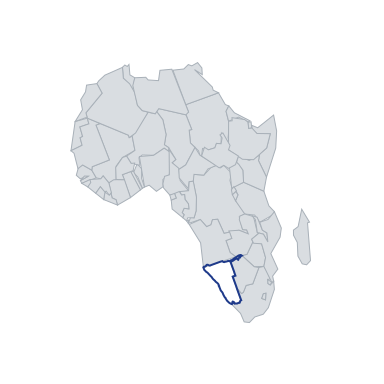 where Namibia sits in Africa, rotated 340°
{"feature_id": "NAM", "entity_name": "Namibia", "entity_type": "country or territory", "adm_level": 0, "iso_a3": "NAM", "parent_name": "Africa", "parent_adm1": "", "projection": "equal_earth", "projection_center": [18.141, -22.953], "detail": "fine", "context": "in_parent", "style": "outline", "palette": "blue", "viewbox_px": 384, "rotation_deg": 340, "n_neighbors": 49, "source": "natural_earth", "source_scale": "50m", "svg_char_len": 12760}
<svg xmlns="http://www.w3.org/2000/svg" viewBox="0 0 384 384"><g transform="rotate(340 192 192)"><path d="M243.8,200.5L259.8,215.8L259.5,231.3L262.7,238.7L260.3,241.1L245.3,243.6L243.0,235.1L234.0,230.7L230.7,223.3L229.9,215.1L234.2,210.4L233.2,201.3L243.8,200.5Z" fill="#d9dde1" stroke="#a8b0b8" stroke-width="1"/><path d="M118.9,86.8L118.4,92.7L108.9,92.5L108.2,102.4L105.4,102.8L104.7,110.5L92.4,111.8L106.3,85.8L118.9,86.8Z" fill="#d9dde1" stroke="#a8b0b8" stroke-width="1"/><path d="M229.9,215.1L234.0,230.7L227.9,231.5L226.7,244.7L230.4,246.3L230.6,250.6L223.1,244.0L208.0,241.9L206.8,226.4L201.8,225.0L198.6,229.3L193.9,229.6L190.4,220.7L177.9,220.3L182.1,215.1L185.1,217.0L189.4,211.1L194.4,198.4L197.1,179.5L199.9,176.1L208.9,180.2L218.7,175.2L223.9,175.3L227.1,179.1L231.0,177.8L235.5,187.6L231.6,194.2L229.9,215.1Z" fill="#d9dde1" stroke="#a8b0b8" stroke-width="1"/><path d="M267.1,203.5L265.2,185.3L268.7,179.3L277.2,176.2L285.5,164.0L273.0,159.2L269.5,153.5L271.1,149.9L275.7,154.1L295.0,147.6L292.4,163.6L285.7,179.4L267.1,203.5Z" fill="#d9dde1" stroke="#a8b0b8" stroke-width="1"/><path d="M259.8,215.8L243.8,200.5L247.2,188.9L244.0,179.3L247.9,174.1L256.5,181.9L267.9,180.6L265.2,185.3L267.1,203.5L259.8,215.8Z" fill="#d9dde1" stroke="#a8b0b8" stroke-width="1"/><path d="M215.3,163.0L213.0,161.3L212.0,160.1L212.2,155.5L207.3,145.4L210.5,132.9L213.1,133.2L212.8,115.7L216.1,115.7L216.0,107.8L250.8,107.8L253.2,121.2L256.0,123.7L251.6,127.8L250.2,141.4L244.5,153.3L243.7,161.2L239.8,146.7L235.8,156.6L231.6,154.7L228.6,158.3L221.9,158.0L216.8,154.7L213.3,161.5L215.3,163.0Z" fill="#d9dde1" stroke="#a8b0b8" stroke-width="1"/><path d="M212.7,117.4L213.1,133.2L210.5,132.9L207.3,145.4L210.1,151.2L195.4,164.4L187.3,166.3L183.3,157.7L187.9,155.9L185.3,142.4L182.2,138.2L187.3,129.1L189.3,114.2L186.3,104.4L189.3,102.3L212.7,117.4Z" fill="#d9dde1" stroke="#a8b0b8" stroke-width="1"/><path d="M190.8,311.0L192.1,309.1L196.8,312.8L200.9,310.6L201.0,296.3L203.8,304.3L205.9,303.9L210.9,298.3L217.7,299.1L229.0,285.9L234.1,286.5L236.0,294.8L235.5,300.5L233.2,300.1L232.1,304.0L233.7,306.1L238.2,304.0L236.1,311.7L224.2,326.8L217.2,331.2L208.3,330.9L201.3,334.3L196.6,331.9L196.1,322.7L190.8,311.0ZM226.8,312.4L224.3,312.0L221.1,315.9L224.2,318.5L226.8,312.4Z" fill="#d9dde1" stroke="#a8b0b8" stroke-width="1"/><path d="M226.8,312.4L224.2,318.5L221.1,315.9L224.3,312.0L226.8,312.4Z" fill="#d9dde1" stroke="#a8b0b8" stroke-width="1"/><path d="M234.1,286.5L224.9,283.5L217.1,268.6L222.3,269.4L232.1,259.7L239.7,264.5L238.7,278.8L234.1,286.5Z" fill="#d9dde1" stroke="#a8b0b8" stroke-width="1"/><path d="M229.0,285.9L217.7,299.1L210.9,298.3L205.9,303.9L203.8,304.3L201.0,296.3L201.1,284.9L204.0,284.8L204.1,270.7L217.1,268.6L224.9,283.5L229.0,285.9Z" fill="#d9dde1" stroke="#a8b0b8" stroke-width="1"/><path d="M91.5,141.3L89.0,136.7L93.9,129.8L98.5,129.2L105.3,137.2L106.9,146.0L91.4,146.2L91.0,143.1L100.1,141.7L91.5,141.3Z" fill="#d9dde1" stroke="#a8b0b8" stroke-width="1"/><path d="M106.9,146.0L105.3,137.2L106.9,134.1L125.3,133.6L124.6,96.3L129.0,96.2L151.7,116.9L151.6,119.4L154.9,119.1L152.6,133.4L138.5,135.8L129.5,141.8L125.0,154.3L117.0,155.0L114.0,146.5L110.8,148.4L106.9,146.0Z" fill="#d9dde1" stroke="#a8b0b8" stroke-width="1"/><path d="M92.4,111.8L104.7,110.5L105.4,102.8L108.2,102.4L108.9,92.5L118.4,92.7L118.9,86.8L129.0,96.2L124.6,96.3L125.3,133.6L106.9,134.1L105.3,137.2L98.5,129.2L92.8,131.1L94.4,115.3L92.4,111.8Z" fill="#d9dde1" stroke="#a8b0b8" stroke-width="1"/><path d="M149.1,171.1L146.6,171.6L146.2,159.4L143.6,153.9L150.0,146.8L152.7,152.9L149.3,161.9L149.1,171.1Z" fill="#d9dde1" stroke="#a8b0b8" stroke-width="1"/><path d="M186.3,104.4L189.3,114.2L187.3,129.1L182.2,138.2L185.3,142.4L184.0,145.8L180.8,141.3L168.5,144.4L157.9,140.2L153.9,141.6L152.2,149.1L144.6,144.3L142.8,135.9L152.6,133.4L154.9,119.1L178.0,102.0L184.2,105.9L186.3,104.4Z" fill="#d9dde1" stroke="#a8b0b8" stroke-width="1"/><path d="M149.1,171.1L154.7,140.7L168.5,144.4L180.8,141.3L185.2,147.4L176.6,168.1L168.9,170.3L166.7,177.1L158.8,179.2L154.1,171.0L149.1,171.1Z" fill="#d9dde1" stroke="#a8b0b8" stroke-width="1"/><path d="M185.0,144.3L187.9,155.9L183.3,157.7L187.7,165.2L184.8,177.3L189.2,189.6L170.1,187.3L166.6,178.3L167.5,174.3L171.6,167.9L176.6,168.1L185.0,144.3Z" fill="#d9dde1" stroke="#a8b0b8" stroke-width="1"/><path d="M144.0,151.8L146.6,171.6L144.2,172.4L141.1,153.0L144.0,151.8Z" fill="#d9dde1" stroke="#a8b0b8" stroke-width="1"/><path d="M141.4,151.7L144.2,172.4L132.3,176.2L132.5,151.9L141.4,151.7Z" fill="#d9dde1" stroke="#a8b0b8" stroke-width="1"/><path d="M117.0,155.0L122.6,153.7L132.7,157.3L132.3,176.2L117.5,178.8L118.0,173.3L114.9,170.2L117.0,155.0Z" fill="#d9dde1" stroke="#a8b0b8" stroke-width="1"/><path d="M100.3,145.4L110.8,148.4L114.0,146.5L117.0,155.0L116.0,165.3L113.2,166.8L111.6,161.8L109.4,162.6L107.7,155.7L101.1,160.3L95.8,151.6L100.3,145.4Z" fill="#d9dde1" stroke="#a8b0b8" stroke-width="1"/><path d="M91.4,146.2L100.3,145.4L100.1,148.5L95.8,151.6L91.4,146.2Z" fill="#d9dde1" stroke="#a8b0b8" stroke-width="1"/><path d="M115.5,165.3L114.9,170.2L118.0,173.3L117.5,178.8L106.4,168.9L110.2,162.3L113.2,166.8L115.5,165.3Z" fill="#d9dde1" stroke="#a8b0b8" stroke-width="1"/><path d="M101.1,160.3L107.7,155.7L110.2,162.3L106.4,168.9L101.1,160.3Z" fill="#d9dde1" stroke="#a8b0b8" stroke-width="1"/><path d="M125.0,154.3L128.7,142.8L138.5,135.8L142.8,135.9L144.6,144.3L148.0,145.2L144.0,151.8L132.5,151.9L132.7,157.3L125.0,154.3Z" fill="#d9dde1" stroke="#a8b0b8" stroke-width="1"/><path d="M223.9,175.3L214.9,175.8L208.9,180.2L199.9,176.1L196.9,182.3L192.9,181.4L189.5,187.4L184.8,174.4L187.3,166.3L195.4,164.4L210.1,151.2L212.0,160.1L223.9,175.3Z" fill="#d9dde1" stroke="#a8b0b8" stroke-width="1"/><path d="M196.9,182.3L194.4,198.4L189.4,211.1L185.1,217.0L179.2,214.8L177.0,217.3L174.5,212.9L176.8,210.7L175.7,208.0L179.0,204.6L183.3,206.8L184.6,202.1L182.9,196.5L184.2,191.8L181.2,191.3L180.5,187.4L189.2,189.6L192.9,181.4L196.9,182.3Z" fill="#d9dde1" stroke="#a8b0b8" stroke-width="1"/><path d="M175.1,187.4L180.2,187.2L181.2,191.3L184.2,191.8L182.9,196.5L184.6,202.1L183.3,206.8L179.0,204.6L175.7,208.0L176.8,210.7L174.5,212.9L167.5,201.2L169.7,192.5L175.1,192.3L175.1,187.4Z" fill="#d9dde1" stroke="#a8b0b8" stroke-width="1"/><path d="M170.1,187.3L175.1,187.4L175.1,192.3L169.7,192.5L170.1,187.3Z" fill="#d9dde1" stroke="#a8b0b8" stroke-width="1"/><path d="M234.0,230.7L241.4,236.1L239.5,252.5L241.0,253.5L231.9,256.8L232.1,259.7L222.3,269.4L211.0,267.8L207.1,262.0L207.3,249.2L213.5,249.2L213.3,241.2L223.1,244.0L230.6,250.6L230.4,246.3L226.7,244.7L227.0,234.1L228.7,231.0L234.0,230.7Z" fill="#d9dde1" stroke="#a8b0b8" stroke-width="1"/><path d="M240.0,234.3L244.6,238.1L245.1,251.9L248.4,256.1L246.2,264.9L244.7,256.1L239.5,252.5L242.1,239.6L240.0,234.3Z" fill="#d9dde1" stroke="#a8b0b8" stroke-width="1"/><path d="M245.3,243.6L254.1,243.8L262.7,238.7L263.6,256.4L259.3,264.6L245.0,276.8L246.3,293.8L239.0,298.6L238.2,304.0L236.0,303.9L234.1,286.5L238.7,278.8L239.7,264.5L232.3,261.2L231.9,256.8L241.0,253.5L244.7,256.1L246.2,264.9L248.4,256.1L245.1,251.9L245.3,243.6Z" fill="#d9dde1" stroke="#a8b0b8" stroke-width="1"/><path d="M236.0,303.9L233.7,306.1L232.1,304.0L233.2,300.1L236.0,303.9Z" fill="#d9dde1" stroke="#a8b0b8" stroke-width="1"/><path d="M177.0,217.3L179.2,217.1L177.9,220.3L177.0,217.3ZM178.3,221.6L190.4,220.7L193.9,229.6L198.6,229.3L201.8,225.0L206.8,226.4L208.0,241.9L213.6,242.5L213.5,249.2L207.3,249.2L207.1,262.0L211.0,267.8L176.9,266.9L182.7,242.7L178.3,221.6Z" fill="#d9dde1" stroke="#a8b0b8" stroke-width="1"/><path d="M233.3,206.5L234.2,210.4L229.9,215.1L229.0,208.3L233.3,206.5Z" fill="#d9dde1" stroke="#a8b0b8" stroke-width="1"/><path d="M289.2,245.7L292.1,260.5L290.0,260.5L279.9,297.0L274.8,299.6L271.0,297.2L269.6,288.5L273.7,275.4L272.6,267.3L274.3,262.5L279.9,260.8L289.2,245.7Z" fill="#d9dde1" stroke="#a8b0b8" stroke-width="1"/><path d="M91.0,143.1L96.4,140.2L100.1,141.7L91.0,143.1Z" fill="#d9dde1" stroke="#a8b0b8" stroke-width="1"/><path d="M171.4,75.7L166.4,61.6L169.3,51.1L172.3,49.7L174.1,51.9L176.4,50.6L173.7,60.7L177.3,65.1L171.4,75.7Z" fill="#d9dde1" stroke="#a8b0b8" stroke-width="1"/><path d="M118.9,86.8L119.4,81.3L141.3,68.4L139.7,57.6L142.5,55.6L150.1,52.4L169.3,51.1L166.4,61.6L170.4,69.0L172.2,79.1L170.4,91.9L173.1,98.5L178.0,102.0L159.1,117.3L151.6,119.4L151.7,116.9L118.9,86.8Z" fill="#d9dde1" stroke="#a8b0b8" stroke-width="1"/><path d="M250.6,138.0L251.6,127.8L256.0,123.7L258.9,132.0L270.8,144.9L268.6,145.6L261.4,137.6L250.6,138.0Z" fill="#d9dde1" stroke="#a8b0b8" stroke-width="1"/><path d="M106.3,85.8L117.2,77.2L118.9,67.3L126.2,61.5L129.5,55.5L139.7,57.6L141.3,68.4L119.4,81.3L119.0,85.8L106.3,85.8Z" fill="#d9dde1" stroke="#a8b0b8" stroke-width="1"/><path d="M250.8,107.8L216.0,107.8L215.7,71.0L226.4,73.6L232.1,71.0L235.0,73.4L241.5,72.3L243.7,78.8L241.8,85.2L236.2,77.8L247.0,100.3L246.7,103.5L250.8,107.8Z" fill="#d9dde1" stroke="#a8b0b8" stroke-width="1"/><path d="M215.0,69.7L216.1,115.7L212.7,117.4L189.3,102.3L184.2,105.9L173.1,98.5L170.4,91.9L172.8,71.7L177.3,65.1L187.8,68.4L189.1,71.7L198.6,75.9L203.5,66.7L215.0,69.7Z" fill="#d9dde1" stroke="#a8b0b8" stroke-width="1"/><path d="M285.5,164.0L277.2,176.2L260.9,182.7L250.6,178.5L240.7,164.9L250.6,138.0L254.1,138.8L255.0,135.8L266.2,141.9L268.6,145.6L267.0,151.6L270.1,152.1L273.0,159.2L285.5,164.0Z" fill="#d9dde1" stroke="#a8b0b8" stroke-width="1"/><path d="M268.6,145.6L271.5,146.2L270.1,152.1L267.0,151.6L268.6,145.6Z" fill="#d9dde1" stroke="#a8b0b8" stroke-width="1"/><path d="M243.8,200.5L230.6,202.1L235.7,181.2L244.0,179.3L245.5,182.1L247.2,188.9L243.8,200.5Z" fill="#d9dde1" stroke="#a8b0b8" stroke-width="1"/><path d="M233.2,201.3L234.2,206.0L229.0,208.3L229.8,203.3L233.2,201.3Z" fill="#d9dde1" stroke="#a8b0b8" stroke-width="1"/><path d="M234.4,182.3L231.0,177.8L225.8,178.6L213.3,161.5L219.0,154.2L221.9,158.0L228.6,158.3L231.6,154.7L235.8,156.6L238.8,151.5L237.8,147.9L241.2,147.0L243.7,161.2L240.7,164.9L247.9,174.1L242.2,181.2L234.4,182.3Z" fill="#d9dde1" stroke="#a8b0b8" stroke-width="1"/><path d="M211.5,268.2L212.1,268.1L212.7,267.9L213.4,267.8L214.0,267.6L215.5,267.7L216.1,267.8L216.3,267.9L216.6,268.2L217.0,268.8L216.9,268.8L216.0,269.0L215.6,269.1L214.9,269.9L214.7,269.8L214.5,269.6L214.4,269.6L214.0,269.8L213.7,270.0L213.3,270.3L213.0,270.6L212.9,270.7L212.4,271.4L212.2,271.5L212.0,271.2L211.7,270.6L211.2,269.8L211.1,269.7L210.6,269.7L209.6,269.9L208.7,270.1L207.4,270.5L206.0,270.7L205.1,270.9L204.3,270.9L204.3,271.7L204.3,273.4L204.3,275.0L204.3,276.6L204.3,278.2L204.3,279.8L204.3,281.4L204.2,283.0L204.2,284.7L204.2,285.4L204.2,285.5L203.8,285.5L202.8,285.5L202.0,285.5L201.3,285.5L201.3,286.5L201.3,287.6L201.3,288.7L201.3,289.8L201.3,290.9L201.3,292.1L201.3,293.2L201.3,294.3L201.3,295.4L201.3,296.3L201.2,298.0L201.2,299.7L201.2,301.4L201.2,303.1L201.2,304.9L201.2,306.6L201.2,308.3L201.2,310.0L201.2,310.5L200.9,310.5L200.3,310.7L199.9,311.0L199.8,311.3L199.5,311.5L199.3,311.6L199.1,311.8L199.2,312.0L198.8,312.4L198.4,312.3L197.9,312.1L197.2,312.1L196.4,312.2L195.8,312.1L195.4,311.9L195.1,311.8L194.7,311.7L194.4,311.6L193.9,311.5L193.8,311.2L193.8,310.9L193.6,310.7L193.7,310.4L193.8,310.1L193.7,309.8L193.5,309.7L193.4,309.7L193.2,309.6L193.2,309.3L193.1,309.1L192.8,308.9L192.5,309.1L192.3,309.3L192.2,309.6L192.1,309.8L192.1,310.1L192.0,310.3L192.0,310.5L191.9,310.6L191.6,310.7L191.2,311.0L190.8,310.8L189.8,309.7L189.5,309.4L189.0,308.7L187.9,306.4L187.7,306.0L187.5,304.9L187.3,304.1L187.2,303.7L187.3,303.4L187.3,303.1L187.1,302.7L186.8,302.3L186.6,300.9L186.4,300.0L186.4,299.3L186.3,298.6L186.3,298.2L186.3,297.4L186.1,296.4L185.7,295.5L185.3,294.1L185.3,293.5L185.3,291.9L185.2,291.3L185.2,290.5L185.1,289.7L185.0,289.3L185.1,289.0L185.3,289.1L185.3,288.7L185.3,288.3L185.2,287.3L184.7,286.2L183.7,284.6L183.4,284.0L183.3,283.4L182.1,281.2L181.6,279.7L181.3,278.3L180.9,277.7L179.1,273.4L178.7,272.7L178.0,271.8L177.8,271.5L177.6,270.7L177.0,269.7L176.9,268.7L176.9,267.5L176.9,266.7L177.4,266.6L177.7,266.3L178.0,266.3L178.3,266.5L178.6,266.5L179.3,266.5L179.6,266.3L180.0,266.1L180.2,265.9L180.5,265.7L180.9,265.5L181.2,265.6L181.4,265.6L181.8,265.7L182.0,265.8L182.3,266.2L182.7,266.6L183.0,266.8L183.3,267.1L183.6,267.3L184.3,267.3L184.8,267.2L185.5,267.2L186.6,267.2L187.7,267.2L188.9,267.2L190.0,267.2L191.1,267.2L192.3,267.2L193.4,267.2L194.5,267.2L195.0,267.2L195.8,267.3L196.7,267.3L196.8,267.3L197.2,268.0L197.6,268.5L197.9,268.7L198.3,268.9L198.7,268.9L199.0,268.9L199.6,269.0L200.4,269.1L201.2,269.2L202.0,269.1L202.6,269.2L202.9,269.5L203.3,269.7L203.6,269.7L204.1,269.7L204.7,269.5L205.2,269.5L205.5,269.7L206.5,269.5L207.2,269.3L208.3,269.0L209.2,268.8L210.5,268.5L211.5,268.2Z" fill="none" stroke="#1e3a8a" stroke-width="2"/></g></svg>